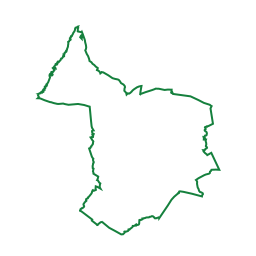 outline of Cuautla, Morelos, Mexico, rotated 175°
{"feature_id": "50627088B30536777812512", "entity_name": "Cuautla", "entity_type": "district", "adm_level": 2, "iso_a3": "MEX", "parent_name": "Mexico", "parent_adm1": "Morelos", "projection": "natural_earth1", "projection_center": [-98.942, 18.823], "detail": "fine", "context": "isolated", "style": "outline", "palette": "green", "viewbox_px": 256, "rotation_deg": 175, "n_neighbors": 0, "source": "geoboundaries", "source_scale": "gbopen_adm2", "svg_char_len": 5843}
<svg xmlns="http://www.w3.org/2000/svg" viewBox="0 0 256 256"><g transform="rotate(175 128 128)"><path d="M144.0,22.6L142.2,22.6L141.7,23.1L141.1,23.4L140.2,24.4L140.5,25.1L140.2,25.2L139.0,24.9L137.0,25.4L136.5,26.1L136.4,26.9L135.8,27.0L135.3,26.7L134.8,27.2L132.5,28.7L132.0,29.2L131.8,30.0L130.8,29.9L129.6,30.2L128.5,30.0L128.0,30.3L128.5,31.1L128.1,31.3L127.7,30.8L126.7,30.6L125.9,30.8L125.4,31.3L125.2,31.8L124.7,35.3L123.9,35.5L123.3,35.2L121.6,35.8L121.6,36.6L120.0,36.6L119.8,36.8L118.9,36.8L117.5,37.3L115.0,37.1L114.3,37.6L113.2,37.6L111.9,38.1L110.9,37.9L110.2,37.1L109.7,36.8L109.6,36.3L108.9,35.6L107.4,35.8L106.5,35.3L106.7,35.5L106.6,35.8L105.5,36.3L104.8,35.7L104.8,35.4L95.1,47.3L90.9,52.8L88.0,55.5L84.5,58.0L83.8,58.7L83.5,58.5L82.9,58.8L82.6,60.2L81.8,60.4L78.4,59.6L69.9,56.9L60.3,53.4L60.1,54.4L59.1,55.6L59.2,56.4L60.4,57.4L61.9,58.0L62.7,59.3L63.1,61.3L63.7,62.5L63.8,63.1L64.1,66.4L63.8,68.4L64.3,69.7L64.8,70.3L62.2,71.8L56.1,74.4L54.5,74.9L51.4,75.4L50.8,75.7L50.4,76.0L50.1,77.4L49.2,77.9L48.5,79.1L44.1,78.9L40.7,78.4L47.2,96.0L51.4,94.1L51.8,94.8L53.4,96.3L54.8,98.1L54.6,98.7L55.0,99.4L54.9,99.4L54.1,99.0L53.8,99.1L53.4,99.4L52.7,100.4L51.5,100.9L51.0,101.4L51.2,102.2L52.0,103.0L51.9,103.8L51.5,104.5L51.4,106.2L51.8,108.4L51.3,109.7L53.5,109.9L53.3,111.1L53.5,112.3L52.4,111.9L52.5,112.4L52.3,113.3L51.8,113.8L51.0,113.7L50.4,114.0L49.9,115.5L50.0,116.8L50.5,117.6L51.2,118.0L51.8,118.8L51.8,119.3L51.5,119.7L50.7,120.2L50.8,121.0L51.3,121.8L51.0,122.3L49.2,122.4L49.2,122.8L47.8,122.9L43.0,124.8L44.1,140.3L42.8,142.5L43.4,142.9L44.5,144.0L50.2,146.4L55.4,149.7L63.0,154.1L80.2,158.0L80.7,159.5L81.0,159.1L81.5,159.0L81.9,159.4L81.9,159.9L81.5,160.4L81.2,162.4L85.3,162.8L88.2,162.7L93.8,164.4L97.1,164.8L97.7,164.5L100.6,163.7L107.3,162.2L112.1,160.9L112.7,160.7L113.0,160.1L113.3,159.7L113.0,160.2L112.3,163.5L110.9,168.7L111.3,168.7L113.4,168.4L115.4,167.8L118.7,166.0L120.3,164.9L121.1,164.0L122.8,162.7L124.1,162.1L125.1,162.6L126.5,161.4L126.8,163.3L128.4,165.4L128.0,167.8L127.4,169.0L127.6,170.1L128.7,171.7L131.0,173.3L132.0,175.3L132.9,176.6L133.8,177.2L136.8,178.1L139.1,179.0L143.0,182.2L147.7,185.5L149.4,186.0L149.9,185.4L150.8,184.8L151.0,185.7L151.8,187.1L152.6,187.6L153.0,188.0L153.9,188.4L153.8,188.7L153.1,189.5L152.9,190.4L154.7,191.9L156.1,193.7L157.7,195.0L158.7,196.7L160.5,198.1L160.7,200.1L161.5,203.1L162.6,205.3L163.8,209.1L163.0,210.4L162.6,212.0L162.7,214.3L163.2,217.2L163.3,219.1L163.6,220.5L164.7,224.7L164.8,224.2L165.5,223.2L165.7,222.3L166.4,221.3L166.4,221.0L167.7,222.6L166.7,224.2L165.9,224.6L165.3,225.3L164.9,225.5L165.6,227.8L165.9,227.4L167.6,228.0L169.5,228.5L169.7,228.8L169.5,229.4L169.5,229.9L169.2,231.8L168.9,232.1L169.3,232.7L168.9,233.4L169.5,233.3L170.2,232.6L171.5,232.5L172.1,231.4L172.2,230.5L173.0,228.9L174.2,227.6L174.5,226.7L175.3,225.8L175.6,224.9L176.0,224.4L176.7,224.5L177.2,223.6L177.1,223.3L178.1,222.5L178.1,222.2L177.5,221.6L177.4,221.1L177.7,220.7L178.2,220.7L178.6,220.5L179.2,219.3L180.1,219.0L180.1,216.9L180.5,215.9L180.6,214.8L181.1,213.4L181.7,212.4L182.0,211.1L182.9,210.5L183.0,210.2L182.7,209.5L183.2,209.1L184.2,208.8L184.6,208.4L184.6,207.6L184.9,207.2L185.7,207.1L185.3,205.5L185.4,205.0L185.7,204.9L186.3,205.4L186.9,204.0L188.0,202.9L188.5,203.0L189.1,202.2L189.4,201.3L190.9,200.3L191.1,199.9L192.0,200.3L192.4,199.9L192.1,199.3L192.5,198.6L192.7,198.9L193.0,198.9L193.2,198.3L193.4,197.4L193.7,197.4L193.9,198.0L194.3,198.1L194.7,197.8L194.7,196.9L196.2,195.7L196.4,195.3L196.2,195.0L195.1,194.2L195.0,193.8L195.7,194.1L195.9,193.2L197.4,194.5L197.7,194.3L196.3,192.4L196.4,192.0L196.9,191.8L197.1,191.0L198.5,189.8L198.8,189.9L199.0,190.5L199.4,190.5L199.6,190.3L199.6,189.7L199.3,188.9L198.9,188.1L198.5,188.0L198.4,187.7L198.9,187.1L199.4,186.9L199.9,187.3L199.9,188.7L200.2,188.9L200.5,188.9L201.1,188.5L201.6,187.5L201.6,186.4L201.3,185.7L201.3,185.1L203.6,180.4L204.0,179.9L204.9,179.0L204.8,178.1L205.1,177.6L205.7,178.0L205.8,177.7L205.8,176.8L206.7,176.8L207.2,176.5L207.4,176.2L206.8,175.1L207.0,174.8L207.3,174.6L207.9,174.6L208.1,174.3L207.8,173.3L208.2,173.2L208.6,174.0L208.9,173.8L209.6,172.8L209.5,172.6L209.1,172.6L208.9,172.3L209.1,171.4L209.7,171.2L210.5,171.5L210.7,171.2L210.7,170.7L211.1,170.7L211.5,171.2L212.5,170.5L212.5,170.2L213.3,170.2L213.9,169.9L214.3,169.8L214.1,169.7L214.8,168.2L214.1,166.7L214.2,166.4L215.3,165.5L213.0,165.2L208.8,163.0L203.2,160.5L202.6,160.5L199.8,159.3L196.4,158.2L195.2,158.0L190.5,158.0L188.7,157.3L185.2,156.3L175.7,156.3L169.6,154.7L165.7,153.1L164.3,152.6L164.2,137.7L164.1,132.9L163.8,131.3L162.5,128.6L163.2,128.6L163.9,128.2L164.1,128.1L164.1,127.1L163.9,125.8L163.0,125.3L163.6,124.8L163.0,124.6L162.9,124.4L163.5,123.9L164.2,122.9L164.0,122.5L163.6,122.4L163.7,122.0L164.3,121.9L165.4,122.0L166.1,121.9L164.5,118.8L163.9,118.1L163.7,117.5L164.1,116.7L164.2,115.7L164.5,115.3L164.5,114.8L166.3,113.0L166.2,112.6L167.0,112.1L167.3,111.3L168.5,111.0L166.5,102.6L166.1,101.7L165.2,100.3L165.6,99.8L165.6,98.4L165.1,97.2L165.2,96.4L165.8,96.0L166.1,94.5L166.6,93.1L166.5,92.1L166.7,91.3L166.5,90.8L165.9,90.5L166.7,87.8L166.3,86.6L166.4,85.5L161.9,82.2L162.2,81.1L162.9,79.4L163.3,78.8L162.8,78.6L162.7,78.7L161.4,76.1L160.4,75.2L160.9,74.1L161.3,72.0L161.2,71.1L160.7,70.0L163.8,72.1L165.2,72.7L165.5,71.0L165.6,70.1L165.4,69.5L165.4,69.1L167.6,68.4L168.1,68.7L168.4,69.2L168.6,69.1L169.4,67.6L169.6,66.8L170.2,65.8L173.1,62.8L174.0,62.3L174.1,61.5L175.8,60.9L176.2,59.7L175.8,59.3L175.8,59.1L177.8,57.6L178.2,56.9L179.0,56.0L179.0,55.4L178.5,53.9L178.9,53.1L180.4,52.1L181.2,52.1L181.5,51.7L182.3,51.3L182.4,50.8L183.0,50.1L183.0,49.7L181.7,49.0L171.6,39.9L172.1,38.9L167.7,34.8L167.2,34.0L166.7,34.0L166.2,34.7L163.5,36.5L161.7,36.7L161.2,36.9L161.7,36.6L161.3,36.0L155.4,30.2L150.2,26.8L144.0,22.6Z" fill="none" stroke="#15803d" stroke-width="2"/></g></svg>